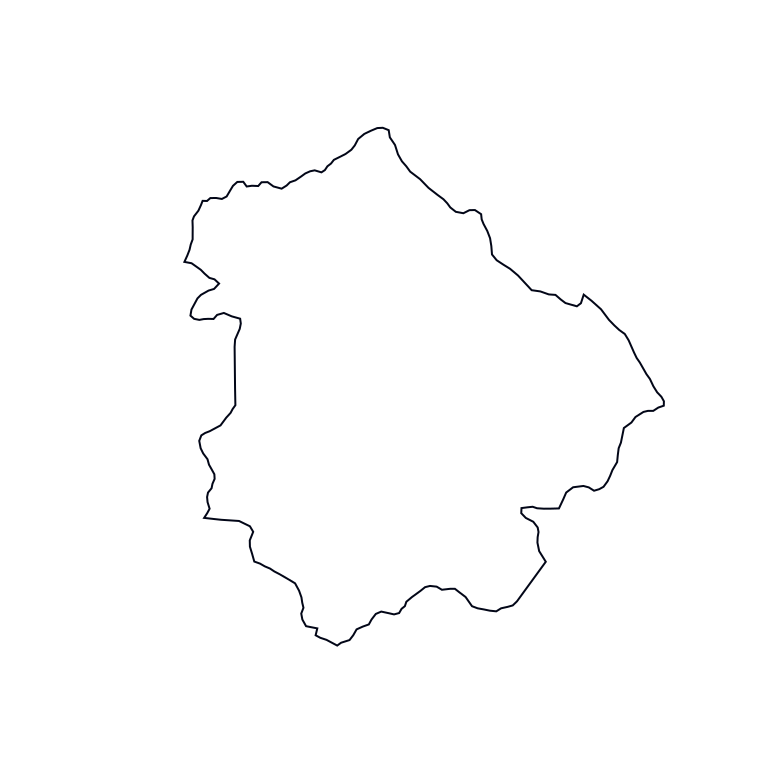 outline of Jaboticabal, São Paulo, Brazil, rotated 324°
{"feature_id": "56859067B8414745148064", "entity_name": "Jaboticabal", "entity_type": "district", "adm_level": 2, "iso_a3": "BRA", "parent_name": "Brazil", "parent_adm1": "São Paulo", "projection": "natural_earth1", "projection_center": [-48.295, -21.21], "detail": "fine", "context": "isolated", "style": "outline", "palette": "ink", "viewbox_px": 768, "rotation_deg": 324, "n_neighbors": 0, "source": "geoboundaries", "source_scale": "gbopen_adm2", "svg_char_len": 3286}
<svg xmlns="http://www.w3.org/2000/svg" viewBox="0 0 768 768"><g transform="rotate(324 384 384)"><path d="M562.4,303.7L559.8,296.7L555.3,293.6L548.6,292.5L543.3,286.9L541.4,280.1L541.4,275.0L540.7,269.5L538.4,262.3L535.3,251.5L533.6,239.5L530.0,227.6L530.0,220.9L529.4,214.4L530.3,206.4L533.4,197.1L533.7,187.9L537.0,181.4L533.6,176.0L529.0,173.0L522.2,171.4L515.1,170.1L507.1,170.6L500.6,173.8L495.3,175.3L488.0,175.3L480.5,174.1L475.2,173.2L470.7,174.5L466.2,174.6L461.9,176.2L457.8,176.0L453.5,170.4L449.3,168.5L444.1,167.4L438.8,167.4L432.1,167.2L426.5,165.5L421.9,166.2L416.0,165.8L410.7,159.2L408.5,152.3L403.5,148.8L398.6,149.9L393.7,146.0L389.0,143.5L389.0,137.7L384.1,134.3L378.3,134.9L373.1,137.1L366.9,139.8L361.6,139.0L357.6,134.9L352.8,131.5L348.4,131.9L344.9,129.2L341.2,131.6L335.7,134.7L328.8,136.7L325.2,139.1L321.4,144.7L316.9,150.8L314.2,154.5L309.6,157.6L305.6,161.1L300.3,164.5L294.3,167.9L299.3,173.2L301.3,179.1L302.9,183.9L303.7,189.2L305.1,195.5L308.4,199.7L309.6,205.8L302.4,207.2L297.0,205.3L288.3,204.3L283.4,205.1L272.0,210.6L267.6,214.9L268.7,219.7L272.3,223.6L276.3,225.5L280.3,228.1L284.3,231.2L289.6,230.0L296.2,232.4L300.6,239.8L306.0,246.6L303.7,250.9L299.7,254.6L289.7,260.5L285.0,266.1L261.0,299.9L251.3,313.8L246.8,315.3L242.9,317.2L236.6,318.5L227.4,321.4L215.1,319.7L210.5,318.5L206.0,318.2L201.1,321.4L197.9,328.2L196.9,333.9L197.0,341.1L195.0,346.4L194.4,351.7L193.7,357.3L191.2,361.2L186.6,363.9L183.2,367.0L177.8,368.4L174.4,371.5L171.8,375.9L169.6,382.4L165.0,384.6L159.8,386.6L167.1,393.3L172.4,398.1L186.2,409.6L188.8,414.5L191.9,420.3L191.3,426.7L187.5,429.1L183.5,431.6L179.9,436.8L177.5,443.8L174.7,451.4L178.1,456.4L180.4,461.5L183.3,466.3L185.1,471.2L187.5,476.0L190.8,483.4L194.9,493.0L193.8,501.3L191.8,508.1L189.3,512.9L187.3,517.7L182.1,521.1L179.5,526.6L178.6,534.1L182.0,537.8L186.4,542.5L181.0,547.1L183.3,551.9L187.1,557.2L192.4,568.1L197.2,568.1L205.6,570.9L211.4,569.2L217.6,566.4L224.3,567.8L230.4,569.6L235.5,567.2L242.2,565.2L248.0,566.5L253.2,572.3L256.7,576.3L261.6,578.2L266.1,576.2L270.3,576.0L274.1,573.3L281.3,572.8L291.8,572.8L297.8,572.5L302.5,574.4L307.5,578.9L309.9,584.5L317.0,588.5L321.0,591.4L322.5,596.7L324.8,604.3L324.6,615.5L327.9,620.5L332.3,625.1L336.4,629.6L341.2,633.9L346.9,634.3L353.1,637.0L358.0,638.8L363.8,638.0L410.4,622.9L411.3,610.4L414.9,602.5L418.3,598.2L422.0,594.6L424.0,590.4L423.8,583.2L420.0,575.7L419.1,569.2L422.3,565.2L427.6,568.1L432.1,570.7L434.8,574.5L440.1,578.9L445.7,582.9L452.4,587.5L461.3,582.6L467.6,578.9L476.3,578.7L485.4,583.7L488.9,588.0L491.2,593.8L496.3,595.6L501.2,596.2L507.7,594.1L513.0,591.2L518.2,587.9L526.7,584.2L531.4,578.9L536.1,573.9L541.2,570.7L546.1,566.2L552.2,560.6L561.5,560.6L568.1,558.5L577.5,559.1L581.8,560.9L586.0,564.0L592.1,564.3L597.6,566.0L600.3,562.5L600.9,557.4L600.1,551.3L600.6,544.2L602.1,536.2L602.1,530.4L603.6,516.9L603.7,511.5L604.8,505.4L606.3,498.5L607.6,492.5L608.2,485.1L606.1,478.7L604.8,472.1L603.7,464.4L603.5,451.1L600.8,438.6L598.1,429.1L590.8,434.4L585.7,434.5L578.4,425.2L576.7,419.6L575.1,412.7L570.0,408.4L564.9,401.0L558.6,394.9L556.2,375.0L553.7,364.9L550.8,357.8L547.9,350.1L547.5,342.7L551.9,335.5L555.5,328.4L557.5,320.9L558.6,313.0L559.8,308.2L562.4,303.7Z" fill="none" stroke="#020617" stroke-width="2"/></g></svg>